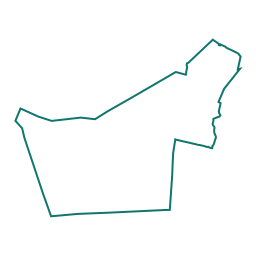 Rojas de Cuauhtémoc, Oaxaca, Mexico (Robinson projection)
{"feature_id": "50627088B87097149335611", "entity_name": "Rojas de Cuauhtémoc", "entity_type": "district", "adm_level": 2, "iso_a3": "MEX", "parent_name": "Mexico", "parent_adm1": "Oaxaca", "projection": "robinson", "projection_center": [-96.619, 17.005], "detail": "fine", "context": "isolated", "style": "outline", "palette": "teal", "viewbox_px": 256, "rotation_deg": 0, "n_neighbors": 0, "source": "geoboundaries", "source_scale": "gbopen_adm2", "svg_char_len": 1819}
<svg xmlns="http://www.w3.org/2000/svg" viewBox="0 0 256 256"><path d="M20.5,108.5L15.4,120.8L22.1,128.2L24.4,137.8L42.9,193.3L51.1,216.3L77.8,213.9L110.4,212.6L164.9,210.0L169.8,209.9L172.2,175.1L173.1,153.3L175.3,139.4L175.7,139.6L179.2,140.4L180.4,140.7L183.2,141.4L184.4,141.6L190.5,143.0L193.7,143.8L195.2,144.1L197.6,144.7L197.9,144.8L198.5,144.9L199.4,145.0L200.0,145.1L204.4,146.1L205.7,146.5L206.3,146.8L207.0,147.0L207.5,146.9L208.0,146.8L208.6,147.0L208.9,147.2L209.5,147.6L210.3,147.9L211.2,148.1L212.2,148.1L212.3,147.2L212.3,146.6L212.4,146.0L213.0,145.6L213.3,145.1L213.6,144.4L213.8,144.0L214.3,142.7L214.6,141.6L214.8,140.8L215.1,139.7L215.5,138.9L215.6,138.7L215.9,137.7L215.9,137.0L215.7,136.1L215.3,135.1L214.7,133.7L214.5,133.2L214.2,132.1L214.2,131.8L214.1,131.5L214.1,131.4L214.2,130.8L214.2,129.6L214.5,128.0L214.5,127.5L214.4,127.1L214.1,126.6L213.7,126.1L213.2,125.4L212.9,124.9L212.7,124.5L212.6,123.9L212.7,123.4L212.9,123.0L213.0,122.5L213.3,121.4L213.4,120.8L213.4,119.4L213.4,118.8L215.1,118.2L217.2,117.3L218.2,116.9L218.9,116.7L219.6,116.4L219.8,116.2L220.4,115.4L219.1,112.9L218.8,111.3L219.4,108.6L220.0,106.1L220.6,103.1L218.5,102.0L224.1,88.8L240.0,68.8L237.8,69.4L240.6,56.5L240.6,56.4L240.4,56.2L240.1,56.0L239.7,55.4L239.4,55.1L239.2,54.8L239.0,54.6L238.8,54.4L238.6,54.0L238.3,53.7L237.8,53.3L237.4,53.1L236.7,52.7L236.4,52.5L236.1,52.4L226.5,47.8L226.4,47.7L225.7,47.0L224.8,46.4L222.2,45.3L220.7,44.5L220.1,45.4L219.3,45.3L219.0,44.8L218.9,44.8L219.0,44.4L219.2,44.1L212.9,39.8L212.8,39.7L207.4,44.8L188.2,62.9L186.9,63.4L186.6,65.3L187.2,66.9L186.8,69.0L186.6,70.2L186.3,71.3L186.2,72.3L186.1,73.7L185.8,74.7L183.2,74.0L175.8,72.0L175.6,72.1L131.5,97.7L108.0,111.1L95.0,119.2L80.8,117.6L51.7,120.9L38.6,116.7L20.5,108.5Z" fill="none" stroke="#0f766e" stroke-width="2"/></svg>